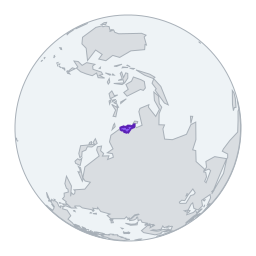 globe centered on Guangdong, rotated 193°
{"feature_id": "CHN-1180", "entity_name": "Guangdong", "entity_type": "Province", "adm_level": 1, "iso_a3": "CHN", "parent_name": "China", "parent_adm1": "", "projection": "orthographic", "projection_center": [112.97, 22.878], "detail": "fine", "context": "on_globe", "style": "filled", "palette": "violet", "viewbox_px": 256, "rotation_deg": 193, "n_neighbors": 0, "source": "natural_earth", "source_scale": "10m", "svg_char_len": 14966}
<svg xmlns="http://www.w3.org/2000/svg" viewBox="0 0 256 256"><g transform="rotate(193 128 128)"><circle cx="128" cy="128" r="113" fill="#eef3f6" stroke="#a8b0b8"/><path d="M227.7,173.1L227.5,173.8L227.4,174.0L227.7,173.1ZM189.4,33.6L189.9,33.9L182.8,30.9L182.0,33.7L185.5,36.8L181.8,34.6L191.0,42.6L193.0,47.1L188.4,40.7L186.2,39.1L186.3,41.3L184.1,40.2L182.9,40.8L180.1,39.4L177.7,36.2L175.9,35.3L176.1,37.0L173.5,36.9L173.5,34.5L168.9,34.3L164.0,29.6L166.0,25.7L160.9,23.1L156.9,19.7L155.0,19.3L152.2,18.3L149.0,17.6L146.4,17.2L146.9,17.4L145.8,17.5L143.9,17.2L143.8,16.9L144.7,16.9L143.7,16.7L144.5,16.7L143.1,16.6L143.2,16.4L140.3,16.3L138.0,15.9L138.9,15.9L142.4,16.3L143.9,16.5L151.9,17.9L159.9,20.0L167.6,22.6L175.2,25.7L182.4,29.4L189.4,33.6ZM234.5,93.4L233.6,91.2L234.1,91.7L234.5,93.4ZM233.1,90.5L233.5,91.1L233.2,90.7L233.1,90.5ZM233.0,90.6L233.1,90.9L233.0,90.6ZM232.9,91.1L232.9,90.7L233.0,90.8L232.9,91.1ZM232.4,91.0L232.2,90.4L232.4,91.0ZM190.9,34.6L190.5,34.3L189.7,33.8L190.9,34.6ZM188.8,33.8L187.7,33.0L190.2,34.3L188.8,33.8ZM188.5,39.5L188.2,38.4L189.3,39.9L188.5,39.5ZM183.2,41.1L184.0,41.9L183.0,41.9L183.2,41.1ZM178.0,39.9L176.1,39.8L177.6,39.3L178.0,39.9ZM174.8,39.4L170.4,39.7L171.9,41.2L165.2,37.3L171.2,38.2L172.7,37.2L173.1,38.5L174.8,39.4ZM147.8,17.7L147.2,17.3L149.4,17.9L147.8,17.7ZM149.5,18.1L157.8,20.3L157.7,20.9L154.9,19.9L156.2,21.1L152.1,20.2L150.5,19.4L151.3,19.1L149.1,19.0L149.5,18.1ZM162.3,35.2L160.8,34.9L161.9,34.7L162.3,35.2ZM145.6,17.5L147.2,17.8L147.3,18.3L143.9,17.8L145.0,17.8L145.6,17.5ZM158.6,21.9L158.0,22.3L154.5,21.7L153.8,21.8L152.0,20.3L158.6,21.9ZM144.0,17.6L142.2,17.6L140.5,17.1L143.9,17.3L144.0,17.6ZM148.7,18.7L148.6,19.0L147.6,18.6L148.7,18.7ZM133.3,16.1L135.3,16.2L135.5,16.5L133.3,16.1ZM141.6,17.6L142.2,17.7L142.6,17.9L141.0,17.9L141.6,17.6ZM149.7,20.0L148.3,19.7L150.2,20.6L147.7,20.3L146.9,19.4L146.2,19.7L145.4,19.6L145.6,19.0L149.7,20.0ZM140.4,18.4L138.6,17.4L134.8,16.9L134.5,16.7L140.6,17.5L140.4,18.4ZM143.5,18.7L141.5,18.4L142.2,18.1L143.9,18.2L143.5,18.7ZM146.2,20.5L150.3,21.1L150.4,21.4L146.2,20.5ZM139.2,18.3L139.7,18.5L138.8,18.2L139.2,18.3ZM143.9,19.8L145.4,20.0L143.9,19.8ZM139.4,19.0L138.8,18.6L140.0,18.6L139.4,19.0ZM141.4,19.4L141.0,19.7L140.7,18.8L142.0,19.4L141.4,19.4ZM143.7,20.0L144.1,20.2L143.1,19.9L143.7,20.0ZM135.3,19.4L134.7,18.3L137.3,18.2L137.5,19.2L135.3,19.4ZM42.1,55.1L40.9,56.9L39.8,58.5L36.6,62.3L30.9,73.1L33.4,70.8L31.8,78.6L33.1,81.6L40.0,74.1L37.9,68.9L41.2,63.9L45.7,64.5L48.1,69.6L49.4,67.9L51.0,61.6L54.6,60.0L51.8,59.3L50.7,61.6L48.9,61.4L49.9,59.3L51.1,58.7L51.3,56.7L45.3,60.4L43.5,63.2L42.0,60.7L38.8,65.2L37.4,66.1L42.2,58.9L44.1,57.0L50.5,48.5L48.4,50.1L42.2,58.4L42.8,57.1L39.9,60.0L42.5,56.8L49.9,47.8L50.6,46.3L49.1,47.6L54.6,42.6L56.6,40.9L62.1,36.7L60.3,38.1L62.0,36.9L60.9,38.0L63.8,36.8L63.3,37.9L68.8,34.9L69.3,35.2L65.9,36.8L63.3,38.7L62.6,42.1L63.7,42.0L67.4,40.0L66.7,41.4L70.3,39.0L72.1,40.4L72.9,36.9L77.2,34.9L80.6,34.6L82.2,33.5L76.6,33.9L74.3,34.8L72.0,36.5L65.7,38.8L65.0,38.3L72.2,33.8L72.0,32.6L77.7,30.0L89.2,29.6L91.8,31.0L87.0,37.4L83.8,37.9L84.0,35.8L79.8,39.5L82.1,38.4L81.6,39.7L85.5,38.6L85.3,39.5L89.4,37.0L89.7,38.0L87.1,39.6L93.1,39.3L94.7,41.3L96.2,40.9L97.2,39.8L98.6,43.4L99.6,42.9L99.5,41.5L101.5,39.7L105.6,38.1L105.8,39.4L104.4,40.2L101.7,44.0L97.9,46.1L98.4,46.5L101.8,45.0L105.0,40.3L107.4,39.0L106.3,41.1L106.9,40.2L108.1,40.0L109.6,41.1L111.0,38.8L124.4,35.8L128.6,38.1L126.1,40.1L135.7,40.5L139.7,43.7L139.6,42.3L144.2,42.0L143.0,40.9L143.3,40.3L154.6,39.9L157.4,41.1L162.2,40.1L162.2,39.5L160.3,38.4L165.2,37.3L171.9,41.2L171.6,42.3L175.9,44.3L174.6,46.8L175.6,50.1L171.7,52.2L172.8,54.9L174.4,55.4L177.0,59.6L177.1,67.2L170.1,58.8L168.6,48.5L168.6,52.3L166.5,50.9L165.2,52.0L165.4,54.9L166.7,55.6L156.3,58.7L152.5,66.7L157.9,66.7L160.8,69.5L161.2,80.3L149.8,94.2L153.6,99.5L153.6,102.8L149.7,104.5L149.6,99.7L146.0,97.7L146.6,94.9L140.3,96.6L140.8,92.7L135.7,96.2L137.3,99.5L142.6,99.2L137.9,104.3L142.9,110.3L143.0,117.1L133.3,128.1L124.0,130.9L123.3,132.9L119.9,130.2L114.9,133.8L121.1,146.4L120.7,149.8L112.9,155.4L112.8,152.9L103.6,145.5L101.6,153.3L108.5,160.9L110.9,168.9L105.4,165.9L103.0,158.7L99.8,155.9L100.9,149.0L98.6,138.1L93.1,139.2L93.8,135.0L89.8,125.4L82.1,126.6L69.6,135.0L67.5,145.4L63.3,149.0L59.2,131.9L60.1,121.3L56.9,121.2L54.1,110.6L44.3,105.2L44.4,102.2L42.3,102.3L40.5,98.0L41.3,93.2L39.6,92.2L37.9,105.0L39.9,106.2L43.8,103.5L42.7,107.6L44.6,112.9L37.1,119.6L25.1,120.3L26.5,112.2L30.7,87.0L32.0,85.0L32.1,84.8L32.3,84.3L30.0,87.2L31.6,82.6L26.6,98.9L24.7,105.3L24.8,120.6L24.2,121.4L25.0,125.1L30.9,126.6L30.3,129.1L26.0,138.7L20.2,148.7L22.5,160.3L24.6,169.2L24.3,171.6L27.6,179.1L27.7,179.3L24.2,171.8L21.3,164.1L18.9,156.1L17.2,148.0L16.0,139.8L15.4,131.6L15.5,123.3L16.1,115.0L17.4,106.8L19.2,98.8L21.7,90.9L24.7,83.1L28.3,75.7L32.4,68.5L37.0,61.6L42.1,55.1ZM47.9,80.0L51.1,83.2L54.2,76.6L55.7,77.4L56.2,75.0L54.4,76.1L56.4,70.0L59.4,69.7L61.3,67.3L60.4,66.2L54.6,67.7L51.7,76.3L49.0,77.8L47.9,80.0ZM70.0,31.5L72.1,30.2L72.5,30.1L70.7,31.3L68.9,32.2L69.5,31.7L70.0,31.5ZM68.4,32.8L75.4,28.9L75.3,29.4L74.2,29.7L73.4,30.4L71.4,31.2L64.5,35.8L62.5,37.0L64.7,34.8L65.1,34.7L66.9,33.5L68.4,32.8ZM93.4,21.1L96.5,20.2L92.3,22.2L90.0,22.9L90.4,22.1L93.5,21.0L93.4,21.1ZM134.2,15.5L135.6,15.6L134.4,15.6L134.2,15.5ZM132.5,15.4L132.3,15.4L132.6,15.5L135.9,15.8L141.9,16.6L141.5,16.9L139.6,16.9L138.1,16.8L138.9,16.6L136.3,16.5L136.2,16.2L134.3,16.1L128.0,15.4L129.3,15.4L124.5,15.4L132.5,15.4ZM117.5,15.9L118.1,15.8L117.2,16.1L119.6,15.8L119.9,15.9L117.9,16.1L121.1,16.0L120.8,16.2L123.9,16.7L128.7,16.7L129.9,17.1L127.9,17.2L130.5,17.5L127.5,17.9L128.3,18.2L126.2,19.2L121.7,19.5L123.0,19.8L121.4,20.7L117.7,21.2L119.2,20.3L114.1,21.6L113.9,20.6L113.4,20.9L111.8,20.4L109.0,20.4L109.5,19.9L108.1,20.1L107.1,19.9L105.5,20.1L105.7,19.5L103.7,19.7L105.0,19.3L101.5,19.9L104.2,19.2L103.2,19.1L101.1,19.8L106.6,17.4L117.5,15.9ZM134.6,19.6L129.3,19.8L126.7,19.5L131.6,18.0L131.3,17.7L134.3,17.1L138.1,17.6L136.9,17.7L136.5,18.0L135.5,17.7L136.1,18.1L134.5,18.3L134.5,18.7L132.8,18.6L134.6,19.6ZM40.8,57.7L40.4,58.5L40.3,59.3L38.4,61.3L40.8,57.7ZM45.8,51.5L45.7,51.8L43.0,54.6L43.5,53.9L45.8,51.5ZM47.9,49.7L45.9,51.6L47.3,50.1L47.9,49.7ZM66.1,37.0L66.3,37.4L65.4,37.9L64.2,38.4L66.1,37.0ZM102.4,25.9L103.7,25.2L104.3,25.2L108.2,24.2L108.6,25.0L106.4,25.9L102.4,25.9ZM38.4,74.6L36.7,75.4L37.1,74.1L37.6,74.1L38.4,74.6ZM36.5,67.9L35.9,70.5L36.1,68.4L36.5,67.9ZM103.5,26.6L105.1,26.1L104.3,26.8L103.5,26.6ZM109.1,25.6L108.6,26.4L109.1,25.0L109.1,25.6ZM76.2,226.7L78.6,228.0L77.3,227.5L76.2,226.7ZM31.6,174.8L34.8,188.0L32.7,186.1L30.1,181.0L27.4,172.4L29.0,171.9L29.2,168.6L31.6,174.8ZM139.6,188.2L143.1,188.7L142.9,189.1L139.6,188.2ZM136.0,186.5L139.9,186.7L135.3,187.4L136.0,186.5ZM141.5,186.9L145.5,186.0L147.2,185.3L146.9,186.3L141.5,186.9ZM133.3,186.4L118.9,185.3L113.2,183.5L114.5,181.9L123.7,183.2L133.3,186.4ZM114.0,181.8L105.4,175.9L94.0,159.6L98.1,160.5L110.1,171.0L109.3,172.5L114.6,177.0L114.0,181.8ZM135.1,174.4L134.2,178.9L126.2,178.0L122.6,177.0L120.1,170.9L121.5,168.1L124.5,168.4L136.1,158.8L140.1,161.6L136.5,165.7L139.8,169.9L135.1,174.4ZM67.8,146.6L69.8,153.5L67.6,153.9L67.8,146.6ZM141.0,151.7L136.2,156.1L140.6,150.2L141.0,151.7ZM143.6,146.1L143.9,148.4L142.0,146.1L143.6,146.1ZM123.1,136.2L120.0,136.5L120.0,134.8L124.0,133.5L123.1,136.2ZM143.1,122.8L142.8,127.8L142.1,129.4L140.8,126.4L143.1,122.8ZM109.1,34.6L103.2,35.0L99.2,36.2L97.4,38.2L97.4,35.7L103.6,33.8L109.1,34.6ZM122.5,35.4L124.1,34.0L125.1,34.7L124.9,35.2L122.5,35.4ZM122.2,34.5L121.0,32.5L123.0,31.8L123.6,33.4L122.2,34.5ZM112.0,29.0L110.2,29.0L110.9,28.3L112.0,29.0ZM201.0,213.0L201.7,212.8L198.4,215.6L194.2,218.8L190.8,220.9L201.0,213.0ZM172.6,226.1L173.0,223.9L177.2,222.9L175.0,225.2L172.6,226.1ZM203.9,210.5L206.8,207.5L208.5,204.7L207.5,206.9L209.1,205.8L202.5,212.2L203.9,210.5ZM158.2,217.7L136.1,223.3L131.3,222.5L132.7,220.3L128.7,213.0L130.2,213.2L129.4,208.1L142.6,203.8L152.0,194.9L159.2,195.3L164.7,188.6L172.0,188.6L169.7,193.9L177.1,196.7L182.6,184.6L186.7,196.3L191.8,199.6L192.7,206.2L181.9,218.8L176.1,221.8L175.2,221.0L172.7,222.4L169.2,222.5L167.6,219.3L165.2,220.6L167.7,217.7L164.1,220.4L162.5,218.3L158.2,217.7ZM210.3,189.5L211.2,189.5L212.6,190.9L211.0,191.1L210.3,189.5ZM225.2,176.9L225.5,177.5L224.5,178.3L225.2,176.9ZM227.4,174.0L226.3,175.0L227.7,173.1L227.4,174.0ZM215.9,181.0L216.3,181.6L215.9,182.0L215.9,181.0ZM215.5,180.9L216.2,179.5L216.0,180.7L215.5,180.9ZM211.2,175.9L211.8,175.0L212.0,175.5L211.2,175.9ZM148.2,188.8L153.0,185.4L155.6,185.1L148.2,188.8ZM210.3,174.7L208.8,175.0L209.0,174.3L210.3,174.7ZM210.5,173.1L210.3,172.2L211.2,174.2L210.5,173.1ZM207.5,171.7L209.4,173.0L207.3,172.0L207.5,171.7ZM206.4,172.2L205.0,171.8L205.1,171.4L206.4,172.2ZM190.6,176.2L195.7,181.1L191.5,181.6L186.8,178.7L183.0,182.4L174.5,182.6L176.4,180.4L175.3,177.3L166.5,176.5L164.7,174.5L167.8,172.9L162.0,171.4L168.4,170.3L171.0,174.5L174.6,170.9L180.9,171.3L186.9,172.2L191.7,174.8L190.6,176.2ZM168.4,179.7L169.5,179.7L168.5,181.0L168.4,179.7ZM202.4,169.9L204.4,171.6L204.1,172.2L203.2,172.0L202.4,169.9ZM192.8,173.9L198.0,169.7L199.2,169.6L195.8,174.1L192.8,173.9ZM196.8,167.6L199.2,167.7L200.4,169.5L199.9,170.1L196.8,167.6ZM155.3,176.1L155.0,177.3L153.3,176.4L155.3,176.1ZM157.4,175.4L162.5,176.6L157.0,176.4L157.4,175.4ZM142.1,171.0L143.6,173.9L148.3,172.2L144.7,174.7L147.9,179.4L146.8,181.2L143.7,176.1L142.6,181.2L140.5,181.1L139.4,176.6L141.4,171.2L143.5,169.0L151.9,168.2L142.1,171.0ZM157.4,171.9L156.1,168.6L157.1,166.3L158.5,168.1L157.4,171.9ZM152.1,160.5L148.6,156.5L145.4,157.9L151.9,152.6L154.2,157.2L152.1,160.5ZM149.2,151.8L146.2,153.1L149.3,149.9L149.2,151.8ZM145.4,151.7L145.1,148.9L147.4,149.4L145.4,151.7ZM150.7,151.9L151.3,147.2L152.5,150.0L150.7,151.9ZM144.1,142.7L149.2,147.4L142.6,145.3L142.4,136.2L145.2,136.1L144.1,142.7ZM160.5,106.5L159.8,104.0L162.4,103.4L162.1,105.3L160.5,106.5ZM170.2,100.1L162.9,102.5L156.9,104.7L158.8,105.9L157.4,110.2L154.6,106.1L158.9,101.4L163.4,100.6L164.1,97.0L167.4,94.6L166.7,90.2L168.2,88.3L170.2,92.1L170.2,100.1ZM166.2,88.3L166.2,80.7L171.1,81.8L172.2,83.7L170.1,86.7L167.7,85.9L166.2,88.3ZM167.7,79.3L165.3,78.6L160.3,67.7L160.5,65.8L166.8,74.2L164.9,74.0L165.3,76.6L167.7,79.3ZM161.3,35.6L160.9,35.0L162.1,35.6L161.3,35.6ZM142.6,39.7L143.2,39.0L144.6,39.5L142.6,39.7ZM145.7,37.2L143.8,37.1L145.8,36.6L145.7,37.2ZM139.4,37.0L142.9,36.7L139.7,37.8L139.4,37.0Z" fill="#d9dde1" stroke="#a8b0b8" stroke-width="1"/><path d="M130.6,128.5L130.0,128.7L129.8,128.7L129.7,128.8L129.6,128.7L129.4,128.2L129.2,128.2L129.2,127.9L129.1,128.0L129.2,127.7L129.1,127.9L129.2,127.7L129.1,127.9L129.1,127.7L129.0,127.8L129.0,127.6L129.3,127.5L129.5,127.5L129.3,127.4L129.0,127.6L128.8,127.6L129.0,127.7L128.9,127.9L128.4,127.9L128.7,128.0L129.0,128.2L128.9,128.3L128.7,128.2L129.1,128.6L129.0,128.9L129.1,129.0L129.1,129.3L128.9,129.4L128.6,129.0L128.4,128.6L128.3,128.8L128.8,129.4L128.6,129.4L128.5,129.5L128.3,129.7L128.3,129.3L128.2,129.3L128.2,129.5L128.1,129.8L127.9,130.0L127.7,129.8L127.4,130.0L127.2,130.2L127.0,129.9L126.9,129.8L127.0,129.6L126.9,129.8L127.0,130.1L126.9,130.2L126.8,130.3L126.6,130.2L126.3,130.1L126.2,130.1L126.3,129.9L126.2,130.1L126.0,129.9L126.1,130.1L126.0,130.4L125.9,130.4L126.0,130.3L125.9,130.3L125.9,130.2L125.6,130.1L125.8,130.3L125.8,130.5L125.7,130.5L125.3,130.7L125.2,130.5L124.9,130.8L124.9,130.7L124.7,130.7L124.8,130.7L124.6,130.7L124.4,130.6L124.4,130.8L124.5,130.7L124.4,130.8L124.2,130.9L123.8,131.1L123.7,131.0L123.7,130.9L123.9,130.8L124.0,130.8L123.7,130.9L123.7,131.2L123.4,131.2L123.3,131.3L123.3,131.1L123.5,131.1L123.4,131.0L123.5,131.0L123.4,131.0L123.4,130.9L123.2,130.8L123.3,130.8L123.2,130.8L123.3,131.0L123.2,131.0L123.3,131.2L123.3,131.3L123.0,131.6L122.9,131.5L122.8,131.9L123.2,131.9L123.3,132.1L123.2,132.2L123.1,132.3L123.3,132.5L123.5,132.7L123.3,133.0L123.0,133.1L122.8,133.1L122.6,133.0L122.4,133.1L122.3,132.8L122.5,132.9L122.5,132.7L122.4,132.7L122.2,132.6L122.3,132.4L122.2,132.5L122.2,132.4L122.3,132.2L122.1,132.2L122.1,131.9L122.1,132.0L122.0,131.9L122.0,132.0L121.9,131.8L122.0,131.6L122.0,131.4L122.1,131.2L122.1,130.9L122.2,131.0L122.4,130.9L122.5,130.7L122.4,130.7L122.5,130.7L122.3,130.6L122.2,130.7L122.1,130.4L122.4,130.3L122.5,129.9L122.8,129.9L123.3,129.9L123.2,129.3L123.3,129.3L123.5,129.4L123.8,129.2L124.0,129.1L123.9,129.0L123.8,128.8L123.9,128.7L124.0,128.6L124.3,128.5L124.3,128.4L124.5,128.4L124.8,128.2L125.1,127.9L125.2,127.6L125.1,127.1L125.3,126.6L125.6,126.4L125.6,126.1L125.9,126.1L125.9,125.9L126.1,125.8L126.0,125.3L126.4,125.1L126.2,124.9L126.3,124.7L126.1,124.6L126.1,124.4L126.4,124.2L126.5,124.2L126.5,123.9L126.6,123.4L127.4,123.6L127.5,123.8L127.8,123.9L128.0,123.9L128.0,123.5L128.1,123.4L127.9,123.4L127.8,123.2L128.4,122.8L128.6,122.8L128.7,123.0L128.8,123.1L129.0,123.1L129.3,123.1L129.6,123.0L129.9,123.0L129.9,123.3L130.1,123.2L130.3,123.2L130.6,123.1L130.8,123.0L131.1,123.3L131.0,123.5L130.6,123.9L130.4,124.3L130.1,124.5L130.5,124.7L130.6,124.8L131.0,124.6L131.4,124.6L131.5,124.5L131.7,124.4L131.9,124.4L132.1,124.3L132.4,124.2L132.9,124.7L133.0,124.6L133.0,124.1L133.2,123.9L133.5,124.0L133.8,124.1L134.1,124.1L134.3,124.5L134.6,124.4L134.8,124.4L134.8,124.7L135.0,124.9L135.2,125.3L135.1,125.5L135.3,126.2L135.6,126.4L135.4,126.6L135.4,126.4L135.2,126.5L135.1,126.4L135.0,126.5L135.0,126.8L134.9,127.0L134.7,127.0L134.4,126.9L134.5,127.0L134.8,127.0L134.9,127.3L134.7,127.1L134.8,127.2L134.6,127.4L134.6,127.2L134.4,127.2L134.4,127.3L134.6,127.3L134.4,127.5L134.5,127.6L134.4,127.8L134.2,127.8L134.0,127.7L133.9,127.7L134.0,127.8L133.7,128.0L133.7,127.9L133.6,128.0L133.1,128.2L132.9,128.0L133.0,127.8L132.7,128.0L132.7,127.9L132.4,127.9L132.5,127.9L132.5,128.0L132.8,128.0L132.6,128.2L132.7,128.3L132.7,128.2L132.7,128.4L132.4,128.3L132.4,128.2L132.1,128.1L132.3,128.0L132.2,127.9L132.1,128.1L131.8,128.1L131.7,128.3L131.6,128.2L131.4,128.2L131.6,128.4L131.5,128.6L131.4,128.5L131.2,128.5L131.2,128.3L131.4,128.2L130.8,128.3L130.8,128.6L131.0,128.7L130.8,128.8L130.6,128.5ZM123.6,131.6L123.5,131.8L123.4,131.6L123.0,131.7L123.3,131.5L123.5,131.5L123.6,131.6ZM127.6,130.2L127.8,130.2L127.7,130.3L127.7,130.5L127.6,130.3L127.6,130.2ZM128.9,128.0L129.1,128.2L128.8,128.0L128.9,128.0ZM125.9,130.4L126.2,130.4L126.2,130.5L125.9,130.6L125.9,130.4ZM123.7,131.3L123.3,131.3L123.6,131.3L123.7,131.3ZM129.0,128.3L129.2,128.5L128.9,128.3L129.0,128.3ZM135.2,126.8L135.5,126.7L135.5,126.9L135.2,126.8ZM127.4,130.3L127.2,130.5L127.2,130.4L127.4,130.3ZM128.8,129.6L128.6,129.7L128.8,129.5L128.8,129.6ZM128.7,129.4L128.6,129.6L128.7,129.4ZM123.6,131.7L123.7,131.8L123.6,131.7ZM128.9,129.5L129.0,129.5L128.9,129.6L128.9,129.5ZM128.6,129.9L128.5,130.0L128.5,129.9L128.6,129.9ZM123.4,132.3L123.4,132.5L123.3,132.3L123.4,132.3ZM129.0,127.8L129.0,128.0L129.0,127.9L129.0,127.8ZM129.2,128.9L129.3,128.9L129.2,129.0L129.2,128.9L129.2,128.9ZM129.5,129.7L129.4,129.8L129.4,129.7L129.5,129.7Z" fill="#8b5cf6" stroke="#5b21b6" stroke-width="1.5"/></g></svg>